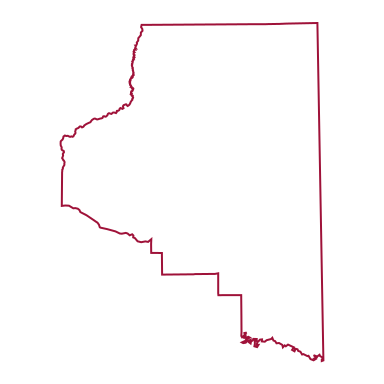 the district of Coconino, Arizona, United States of America
{"feature_id": "52423323B62960071172507", "entity_name": "Coconino", "entity_type": "district", "adm_level": 2, "iso_a3": "USA", "parent_name": "United States of America", "parent_adm1": "Arizona", "projection": "albers", "projection_center": [-112.498, 35.631], "detail": "fine", "context": "isolated", "style": "outline", "palette": "rose", "viewbox_px": 384, "rotation_deg": 0, "n_neighbors": 0, "source": "geoboundaries", "source_scale": "gbopen_adm2", "svg_char_len": 5473}
<svg xmlns="http://www.w3.org/2000/svg" viewBox="0 0 384 384"><path d="M61.8,205.9L65.3,205.5L69.0,205.7L73.3,208.3L75.3,208.1L77.8,208.7L79.4,210.0L80.4,212.1L86.6,215.3L97.6,222.8L99.0,224.8L99.8,227.3L100.7,227.7L107.1,229.1L115.5,231.4L119.8,233.5L121.8,233.7L125.8,232.9L127.6,233.5L129.7,235.3L132.2,234.3L133.4,235.5L133.2,237.4L134.9,238.1L137.6,241.3L141.2,242.2L145.4,241.4L148.1,241.9L151.3,239.2L151.1,244.0L151.2,252.9L161.9,253.0L162.1,274.6L193.6,274.3L195.0,274.1L215.1,273.9L218.2,273.3L218.2,293.4L218.4,295.2L227.7,295.1L241.2,295.1L241.4,315.6L241.5,332.4L241.3,335.9L242.0,337.2L244.7,335.1L244.4,333.0L246.7,332.6L245.5,333.3L245.6,336.3L243.1,337.4L244.1,337.9L246.0,337.9L248.3,336.8L249.8,337.6L246.1,339.6L245.2,340.9L241.9,342.4L243.2,343.1L245.7,342.7L247.0,341.3L250.2,340.0L248.9,342.2L250.6,343.5L251.0,341.5L252.6,340.5L253.5,338.9L256.7,339.0L256.6,341.0L254.7,340.0L254.9,343.5L254.4,346.3L257.1,347.1L258.5,344.8L256.8,344.8L257.4,341.3L258.3,341.5L260.0,339.6L262.0,339.4L261.8,341.4L264.8,341.7L266.6,340.2L271.2,339.0L272.3,337.8L273.4,340.5L275.2,341.2L276.5,343.3L279.0,343.0L282.3,344.9L282.9,347.3L284.7,345.4L285.8,346.3L288.0,344.6L293.8,347.3L292.1,349.9L294.5,351.3L295.2,349.7L294.5,348.5L297.5,349.3L298.2,350.9L300.4,351.7L302.1,354.5L303.4,354.1L307.4,356.1L308.5,355.8L310.5,359.1L313.6,360.3L315.7,359.0L314.5,358.4L316.3,357.5L313.6,355.2L317.2,356.5L319.5,354.8L320.0,356.0L322.3,357.4L322.6,358.4L322.3,358.8L322.2,359.2L321.8,359.7L321.7,359.9L321.8,360.6L321.8,361.0L323.4,360.4L317.4,23.0L286.4,23.6L279.8,23.9L267.8,24.1L265.5,24.2L253.0,24.2L141.6,24.9L141.1,27.1L142.3,29.0L142.5,30.8L140.9,32.5L140.8,35.2L138.3,38.2L138.2,40.6L136.8,42.5L137.0,43.7L136.1,45.6L135.5,45.6L135.7,45.9L135.8,46.3L135.6,46.6L135.5,47.2L135.4,47.6L135.6,48.0L135.5,48.3L135.7,48.5L135.1,48.5L135.1,48.8L135.0,49.3L135.1,49.5L134.7,49.4L134.5,49.6L134.2,49.8L134.1,50.0L134.3,50.2L134.1,50.7L134.1,51.0L134.0,51.3L133.6,51.6L133.8,52.5L134.3,52.6L133.9,53.0L133.6,53.4L133.6,54.1L133.8,54.1L134.0,54.8L134.5,55.0L134.5,55.3L134.2,55.4L134.1,55.2L133.9,55.2L133.9,55.8L134.2,56.4L134.1,56.6L133.8,56.5L133.7,56.7L134.1,57.0L134.3,57.3L133.9,57.4L133.7,57.2L133.3,57.4L133.4,57.7L133.8,58.0L133.9,58.4L133.8,58.5L133.8,58.3L133.5,58.3L133.4,58.6L133.3,58.8L133.7,59.4L133.2,59.5L132.9,59.8L132.8,60.1L133.0,60.3L133.1,60.6L132.9,61.0L132.6,61.1L132.4,61.4L132.6,61.5L132.7,62.1L132.5,62.4L132.6,62.9L132.3,63.4L132.0,63.7L132.2,64.5L131.9,64.7L131.8,65.1L132.1,65.5L132.0,66.1L132.2,66.8L132.7,67.6L132.5,68.0L132.8,68.2L132.8,68.5L132.6,68.8L132.8,69.3L132.8,69.7L133.0,70.1L132.8,70.5L133.0,70.8L133.2,71.2L133.1,71.6L133.2,72.1L133.5,72.4L133.6,72.8L133.3,73.2L133.4,73.6L133.5,73.8L133.4,74.1L133.2,74.1L133.2,74.4L133.4,74.6L133.0,74.9L133.0,75.2L133.1,75.3L132.8,75.4L132.6,75.6L132.7,76.0L132.8,76.2L132.8,76.5L132.6,76.5L132.7,76.8L132.6,77.1L132.2,77.0L132.3,77.5L132.0,77.9L131.2,77.7L131.2,77.9L131.3,77.9L131.4,78.2L131.3,78.4L130.7,78.7L130.6,79.1L130.1,79.5L130.0,80.0L130.4,80.1L130.5,80.3L130.2,80.9L130.2,81.1L129.8,81.2L129.6,81.3L129.5,81.7L129.7,81.9L129.9,81.8L129.6,82.5L129.6,82.9L129.9,83.0L130.1,83.0L130.1,83.3L130.0,83.5L130.0,83.9L130.2,84.1L130.2,84.3L130.0,84.8L130.3,85.2L130.5,85.3L130.7,85.2L130.9,85.4L131.0,85.7L130.9,86.0L131.3,86.4L131.0,86.9L131.3,86.9L131.8,87.2L131.9,87.6L131.7,87.7L131.7,88.0L131.9,88.2L132.2,88.3L132.5,88.2L132.8,88.2L132.8,88.4L133.0,88.5L133.2,88.4L133.3,88.5L133.2,88.8L133.1,88.7L132.9,88.9L133.0,89.4L133.1,89.5L133.0,89.8L132.4,90.1L132.4,90.4L132.6,90.6L132.5,90.9L132.2,91.1L131.9,91.0L131.3,91.3L131.2,91.5L131.1,91.9L131.3,92.1L131.3,92.9L131.0,92.9L131.0,93.2L131.3,93.1L131.8,93.6L131.6,93.9L131.4,94.0L131.1,93.8L130.9,93.8L130.8,94.0L131.1,94.1L131.1,94.4L131.1,94.5L131.4,94.8L131.5,95.3L131.6,95.5L131.8,95.7L132.0,95.5L132.3,95.4L132.6,95.6L132.4,95.9L132.6,96.2L132.8,96.8L133.0,97.1L132.9,97.3L133.1,97.6L133.0,98.0L132.5,98.5L132.3,98.9L132.4,99.1L132.4,99.3L132.4,99.6L132.3,99.9L132.0,100.0L130.5,102.3L130.2,103.4L129.3,104.8L128.2,105.7L127.6,106.0L126.8,105.2L126.4,104.4L126.0,104.3L125.3,104.5L124.6,104.8L123.6,105.2L122.9,106.3L123.5,108.2L122.4,108.9L120.5,108.0L119.7,108.6L119.5,109.6L119.2,110.1L118.4,110.7L116.9,110.9L116.7,111.4L116.7,112.2L116.0,113.1L114.6,112.6L113.7,112.5L112.9,112.6L112.4,113.0L111.5,113.9L110.5,113.7L109.0,113.2L108.3,113.6L108.0,113.8L107.7,114.3L107.4,115.3L106.5,116.1L105.9,116.6L105.2,116.7L104.1,116.2L103.2,116.4L102.5,117.9L101.7,118.3L100.1,118.6L97.6,119.4L96.9,119.4L95.1,118.6L94.4,118.6L93.8,118.8L92.1,119.9L91.4,120.7L90.4,122.2L88.5,123.0L87.5,123.5L86.4,124.0L85.1,124.9L84.2,125.5L83.8,126.3L83.2,126.9L82.0,127.4L81.2,126.6L80.0,126.4L79.2,127.0L79.0,127.4L78.1,128.1L77.0,128.5L75.7,129.3L75.7,129.9L75.2,131.5L75.5,132.9L75.2,133.7L74.5,134.3L74.1,134.9L73.6,135.9L73.4,136.4L72.4,136.8L71.5,136.4L70.7,136.6L70.4,136.8L69.9,136.8L69.6,136.6L68.9,136.4L67.8,135.8L66.1,136.0L64.9,135.5L63.5,136.5L63.2,138.1L62.6,139.5L61.0,141.0L60.7,141.5L60.6,143.6L60.7,145.1L60.8,145.7L61.4,146.7L61.7,147.8L61.5,148.8L61.7,149.6L62.2,150.2L63.5,150.8L63.8,151.1L63.9,151.7L63.8,151.8L63.9,152.5L63.2,153.2L62.8,154.0L63.1,155.4L62.6,157.1L62.2,157.8L62.2,158.4L62.8,159.1L63.2,159.7L63.3,160.3L63.9,160.6L64.6,162.1L64.3,163.8L64.4,164.8L64.2,165.3L63.4,166.5L62.8,167.7L62.8,168.2L62.9,168.7L62.2,169.9L62.3,170.4L62.2,171.7L62.1,172.0L61.8,205.9Z" fill="none" stroke="#9f1239" stroke-width="2"/></svg>